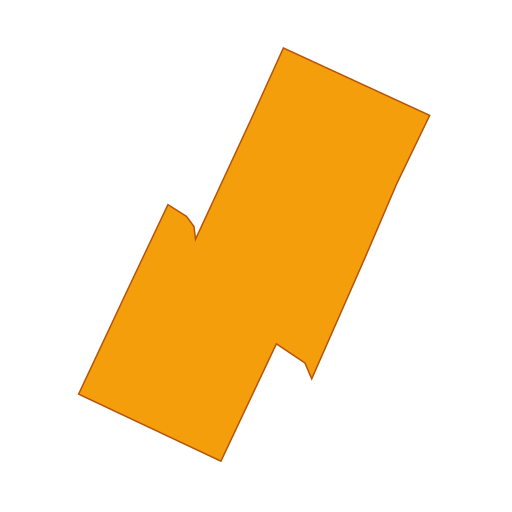 the district of Marshall, Illinois, United States of America, rotated 295°
{"feature_id": "52423323B57387321638409", "entity_name": "Marshall", "entity_type": "district", "adm_level": 2, "iso_a3": "USA", "parent_name": "United States of America", "parent_adm1": "Illinois", "projection": "orthographic", "projection_center": [-89.369, 41.035], "detail": "fine", "context": "isolated", "style": "filled", "palette": "amber", "viewbox_px": 512, "rotation_deg": 295, "n_neighbors": 0, "source": "geoboundaries", "source_scale": "gbopen_adm2", "svg_char_len": 372}
<svg xmlns="http://www.w3.org/2000/svg" viewBox="0 0 512 512"><g transform="rotate(295 256 256)"><path d="M172.6,153.9L55.9,153.6L55.8,160.1L55.2,310.9L185.0,311.6L179.7,345.6L168.2,358.4L301.8,355.5L380.5,353.0L456.8,354.0L456.1,192.9L378.6,193.8L245.6,194.1L256.5,187.3L262.5,176.3L265.3,154.5L172.6,153.9Z" fill="#f59e0b" stroke="#b45309" stroke-width="1.5"/></g></svg>